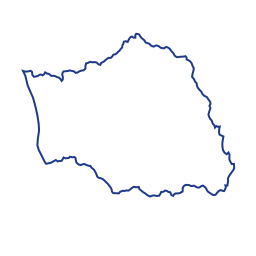 outline of Bernardo Sayão, Tocantins, Brazil, rotated 344°
{"feature_id": "56859067B43927919918993", "entity_name": "Bernardo Sayão", "entity_type": "district", "adm_level": 2, "iso_a3": "BRA", "parent_name": "Brazil", "parent_adm1": "Tocantins", "projection": "equal_earth", "projection_center": [-48.957, -7.99], "detail": "fine", "context": "isolated", "style": "outline", "palette": "blue", "viewbox_px": 256, "rotation_deg": 344, "n_neighbors": 0, "source": "geoboundaries", "source_scale": "gbopen_adm2", "svg_char_len": 3648}
<svg xmlns="http://www.w3.org/2000/svg" viewBox="0 0 256 256"><g transform="rotate(344 128 128)"><path d="M39.4,139.8L41.9,140.0L43.7,140.2L45.9,139.8L48.1,139.3L49.8,138.9L51.3,140.8L53.2,140.8L55.0,141.3L56.5,140.1L57.9,138.6L59.5,139.9L61.1,140.2L62.8,140.5L64.3,139.6L66.4,140.8L68.4,141.1L69.3,142.4L69.0,144.2L68.9,147.0L70.4,149.4L72.5,150.6L74.0,150.4L76.0,150.5L77.9,152.1L79.7,153.4L81.4,154.1L81.9,155.8L82.9,157.4L83.9,158.9L84.4,161.1L84.9,163.7L85.1,166.5L86.1,167.8L87.6,168.6L89.5,169.9L90.6,171.5L91.8,173.7L93.2,176.1L94.2,178.5L95.3,181.8L95.1,184.7L95.8,186.5L97.3,187.0L99.4,187.7L101.3,188.3L102.7,187.2L104.3,187.0L105.9,186.9L107.4,187.6L109.3,187.6L111.1,188.3L113.3,187.6L115.2,186.7L117.3,186.2L118.8,186.8L120.6,187.5L122.1,187.6L122.1,189.9L123.4,191.7L124.9,193.9L126.4,195.5L128.1,197.9L130.2,199.9L132.1,199.8L133.6,199.7L135.2,200.3L137.0,201.3L139.3,201.6L141.2,200.0L142.3,198.6L143.7,199.0L145.0,198.9L146.3,198.4L147.7,198.9L149.3,200.7L150.9,201.4L151.2,204.4L152.7,205.7L154.1,204.4L155.9,204.0L158.2,204.7L160.1,204.8L161.5,204.4L163.0,204.1L163.6,202.3L164.1,200.6L165.5,199.3L167.6,198.6L169.5,199.1L171.0,199.7L172.5,201.1L173.9,201.5L175.3,201.5L176.8,202.9L178.4,204.4L179.9,204.8L181.2,204.6L182.6,204.0L184.1,204.0L185.1,205.2L186.0,206.5L186.5,208.4L187.0,210.5L187.8,211.9L188.9,213.1L190.4,215.0L192.1,216.2L193.8,216.3L196.1,214.6L197.9,213.6L200.0,213.2L201.5,214.4L203.0,215.1L204.5,213.6L205.7,211.9L205.8,210.0L207.7,210.7L208.7,208.5L209.7,206.2L210.3,203.8L212.2,201.8L213.9,200.4L215.7,198.9L217.6,197.5L219.1,195.7L219.5,193.7L219.9,191.7L217.8,191.2L217.1,188.5L216.8,186.3L217.3,184.3L218.2,181.9L217.8,179.3L215.6,180.4L214.0,178.3L213.2,175.4L213.6,172.1L214.0,170.4L214.6,168.4L215.3,166.8L216.2,164.9L217.4,162.4L215.7,161.0L214.2,159.6L214.2,157.8L214.7,156.1L215.5,153.9L216.6,151.9L214.7,151.6L213.4,150.5L211.7,151.6L211.7,149.2L210.8,147.6L210.6,145.7L210.5,143.8L209.5,141.8L209.1,139.8L209.0,137.3L210.2,135.3L211.5,133.3L212.7,131.6L212.4,129.2L213.9,127.6L214.2,125.7L213.4,123.4L212.3,120.0L210.1,118.0L208.9,115.6L208.4,113.1L207.2,111.0L206.1,108.2L206.0,105.7L206.3,103.6L205.3,102.1L205.0,99.7L203.7,96.4L205.1,93.5L206.7,91.0L207.7,88.6L207.2,86.3L207.0,83.2L206.0,80.8L204.6,79.4L203.3,78.3L203.7,76.3L203.0,74.8L201.5,74.8L200.2,74.4L198.8,74.2L197.2,73.8L195.6,73.7L194.2,73.1L192.8,71.3L192.3,68.8L191.0,66.3L189.9,63.3L188.6,61.7L186.8,60.5L184.7,61.4L183.1,60.8L181.5,59.8L180.2,57.9L178.4,56.6L177.0,56.4L175.2,56.9L173.0,55.3L171.7,52.9L170.1,51.8L168.5,50.6L168.0,48.5L167.1,47.0L166.0,45.5L165.0,43.2L164.5,41.2L163.1,40.2L161.8,39.7L160.6,40.8L160.0,43.1L158.2,42.7L157.1,41.2L155.8,41.2L154.4,42.0L153.0,43.4L151.4,45.2L149.9,44.0L147.8,43.9L146.7,45.8L145.4,47.0L144.6,49.0L142.6,50.1L141.1,51.4L139.7,51.9L138.1,53.0L136.2,53.6L134.2,53.5L132.4,55.0L130.8,55.8L128.6,55.2L126.5,55.9L124.9,56.6L123.4,57.4L121.9,57.7L120.3,58.0L118.7,59.7L117.1,58.5L116.0,56.5L113.8,55.3L112.1,55.2L110.7,54.3L109.0,54.1L107.2,54.4L105.5,54.4L104.1,56.8L103.5,59.1L101.3,60.3L98.8,60.0L96.4,60.2L94.7,60.8L92.9,60.6L91.7,58.7L90.4,58.0L88.9,57.2L87.6,56.5L86.0,56.7L83.7,56.2L81.5,55.9L80.4,56.9L79.5,58.4L79.4,61.2L78.6,63.5L77.2,64.4L76.5,62.3L75.5,60.5L73.9,59.6L72.5,58.2L70.9,57.3L68.7,56.8L67.0,54.3L65.3,53.4L63.7,51.7L62.0,53.3L60.5,53.8L58.9,52.6L57.5,52.5L55.9,53.1L54.1,53.2L51.7,52.8L50.7,50.6L51.2,47.5L50.1,46.1L48.7,46.2L45.4,45.7L44.1,45.0L42.8,44.2L43.7,49.4L43.3,59.6L44.2,66.7L45.0,72.2L45.0,78.9L44.8,85.0L44.2,92.6L43.3,99.3L41.8,105.9L38.0,114.4L36.1,119.7L36.2,124.6L38.6,137.5L39.4,139.8Z" fill="none" stroke="#1e3a8a" stroke-width="2"/></g></svg>